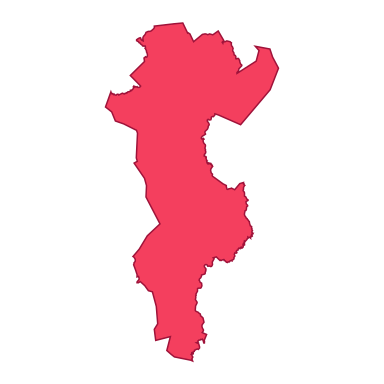 Chínipas, Chihuahua, Mexico
{"feature_id": "50627088B8922966525201", "entity_name": "Chínipas", "entity_type": "district", "adm_level": 2, "iso_a3": "MEX", "parent_name": "Mexico", "parent_adm1": "Chihuahua", "projection": "orthographic", "projection_center": [-108.464, 27.395], "detail": "fine", "context": "isolated", "style": "filled", "palette": "rose", "viewbox_px": 384, "rotation_deg": 0, "n_neighbors": 0, "source": "geoboundaries", "source_scale": "gbopen_adm2", "svg_char_len": 5989}
<svg xmlns="http://www.w3.org/2000/svg" viewBox="0 0 384 384"><path d="M189.9,33.9L188.0,32.7L187.6,33.0L182.8,23.0L174.1,23.8L154.3,26.1L154.4,27.5L153.7,28.7L151.3,30.8L150.2,31.3L148.2,31.4L146.0,32.4L145.5,33.8L144.3,35.6L143.8,35.9L143.0,37.3L142.8,39.4L143.1,39.9L143.2,40.9L142.0,40.4L141.1,39.5L140.7,38.1L140.2,37.7L138.5,38.4L136.6,39.7L136.6,40.7L138.4,41.7L139.2,42.8L139.8,42.8L140.6,44.0L141.7,44.7L142.6,45.9L143.2,46.2L143.9,45.8L144.7,46.2L145.2,46.1L145.5,47.3L145.1,48.3L145.5,48.4L145.6,49.2L146.4,50.6L146.5,52.0L146.8,52.3L147.4,54.4L147.4,56.0L146.8,57.1L146.5,57.2L145.4,56.7L145.0,57.4L144.0,58.0L144.5,61.5L130.3,75.5L140.6,86.0L140.5,86.5L139.2,87.4L137.7,87.4L137.1,86.6L136.1,87.1L135.3,86.6L134.7,87.0L133.9,86.0L133.3,86.8L133.6,88.0L132.8,89.2L131.9,89.8L131.7,90.5L130.9,90.8L130.4,90.4L130.2,91.2L129.7,91.6L127.8,91.9L127.0,92.9L126.3,92.7L125.9,93.4L124.9,93.4L124.6,93.9L123.2,93.7L122.8,93.2L122.3,93.2L118.8,95.0L118.6,94.6L118.0,94.2L117.1,94.3L116.0,95.2L114.7,94.8L114.3,94.2L113.5,94.6L112.9,93.6L112.6,93.5L112.1,93.9L111.5,93.6L110.9,91.9L105.5,107.0L111.7,111.9L115.4,121.0L123.7,123.9L136.5,130.3L137.5,133.1L136.3,157.9L137.3,161.3L134.1,163.1L144.5,178.3L146.5,185.6L146.0,197.0L160.0,223.9L147.3,235.8L139.2,249.2L133.0,256.5L133.6,256.8L134.8,258.4L135.3,259.7L135.2,261.4L134.0,262.8L134.0,263.7L133.6,264.7L135.5,269.8L137.1,274.7L137.0,276.9L138.5,276.4L139.1,278.3L139.0,279.5L137.1,281.8L137.0,282.7L138.3,282.8L140.3,281.6L144.8,285.7L148.4,290.7L152.4,291.8L156.3,306.4L157.7,323.8L154.3,329.3L155.7,340.4L170.4,336.6L166.8,350.5L171.1,354.3L174.4,356.9L190.7,360.2L192.6,361.0L191.9,358.9L192.8,357.1L192.5,357.0L191.8,354.8L191.2,354.5L191.8,353.8L191.6,353.3L191.8,352.7L192.1,352.8L192.7,354.0L193.2,353.9L193.3,353.3L192.9,352.2L194.3,351.4L194.5,350.2L195.2,350.1L195.9,349.5L197.6,349.0L198.3,349.4L199.5,348.1L199.6,347.0L198.7,343.8L196.5,342.7L198.3,342.2L197.9,341.5L198.0,340.9L198.7,340.2L200.2,340.0L200.9,339.3L201.8,339.6L202.4,339.2L203.1,340.4L203.7,342.7L203.8,343.0L204.4,343.0L204.5,341.4L204.2,340.5L206.6,334.5L202.2,332.6L203.2,331.1L203.5,330.1L202.3,327.8L201.9,326.1L202.2,324.7L204.0,322.2L203.0,317.9L202.2,317.3L201.7,316.5L200.6,315.9L200.3,314.0L199.1,313.3L198.4,312.4L196.0,311.3L195.3,310.5L195.3,309.9L195.6,305.9L197.0,303.1L197.1,302.2L195.4,299.6L195.8,297.6L195.7,295.8L196.2,295.2L195.9,294.1L197.5,291.2L197.5,288.7L198.0,288.2L200.7,288.1L201.2,287.5L201.9,285.8L201.6,283.2L200.0,282.1L199.6,280.8L199.1,280.2L199.5,278.9L200.8,277.7L201.5,276.0L201.5,275.0L204.8,274.0L205.2,273.3L205.2,272.4L205.9,270.7L205.6,270.0L206.0,269.3L205.9,268.8L204.4,266.9L204.3,265.8L204.9,264.9L206.0,264.5L207.1,264.9L207.7,266.2L209.6,266.1L210.8,266.6L211.6,266.3L212.5,264.7L212.3,262.0L214.1,258.8L213.2,257.8L216.3,256.9L219.9,260.4L220.4,260.1L220.8,260.5L221.3,260.5L222.3,259.9L223.9,259.5L224.1,259.6L224.2,260.6L225.3,260.9L226.3,262.2L227.3,262.5L227.6,262.5L228.2,261.8L229.4,261.9L230.3,260.7L231.0,260.6L232.0,260.9L231.9,260.2L233.0,259.8L234.0,258.8L233.9,257.5L234.9,256.1L234.3,254.3L234.9,252.9L236.1,253.2L236.8,252.8L236.9,252.4L236.2,251.3L237.0,250.3L238.1,250.0L238.2,248.9L238.9,248.1L240.0,248.7L240.3,247.9L240.8,248.0L241.1,247.1L241.4,247.1L242.0,248.1L242.9,247.4L243.2,246.8L243.0,244.8L243.4,244.7L243.7,245.3L244.3,245.0L243.9,244.5L242.6,244.0L244.4,243.8L243.9,243.0L244.5,242.7L244.4,242.3L244.8,241.9L244.3,241.3L244.4,240.9L245.2,241.4L247.1,239.3L247.3,238.5L247.9,238.2L247.9,237.1L248.5,237.6L248.6,237.3L249.7,237.4L250.4,238.0L250.2,237.2L250.7,237.1L250.9,236.3L251.3,236.1L251.8,236.5L252.3,236.1L252.1,235.6L251.4,235.5L251.6,234.3L252.0,234.0L252.7,234.1L253.0,233.5L252.5,233.6L252.3,232.7L251.7,232.0L252.5,230.5L251.8,229.6L252.0,228.7L251.6,228.3L251.6,226.5L250.4,225.9L249.6,223.5L249.3,221.6L249.0,221.4L248.2,220.1L247.4,219.4L247.1,218.6L246.1,218.0L246.0,217.4L244.7,215.6L244.4,214.1L245.0,210.8L245.8,210.5L246.3,209.8L246.6,206.9L247.7,205.9L247.5,205.2L246.3,203.9L246.0,202.1L246.1,201.5L248.0,200.5L248.1,200.0L246.8,199.0L245.7,196.8L244.5,196.2L244.5,192.9L243.9,191.5L243.2,190.9L243.1,190.3L243.5,189.3L243.5,187.6L244.3,185.8L244.8,185.4L243.7,184.2L244.0,183.8L243.8,183.5L243.4,183.4L243.5,182.5L239.8,183.6L234.7,189.7L231.4,188.1L231.0,188.4L228.8,188.8L227.9,189.4L227.0,189.2L226.2,186.2L226.3,185.5L223.1,183.9L212.6,176.3L212.2,175.6L212.5,174.2L211.2,172.9L210.6,170.2L211.0,168.7L212.6,166.4L212.2,166.2L212.3,165.3L211.6,165.1L211.5,164.4L210.9,164.3L210.9,163.5L210.2,163.4L210.2,163.8L209.6,163.7L209.8,163.2L209.3,163.1L209.3,163.5L208.8,163.9L208.1,163.9L208.2,163.5L207.8,163.4L208.2,163.1L208.1,162.7L206.8,162.2L206.7,161.1L207.1,160.8L206.5,160.3L206.5,159.4L206.0,158.5L206.2,157.5L205.8,157.2L206.1,156.9L205.8,156.5L204.2,156.0L204.4,154.4L204.8,154.2L205.0,153.5L205.5,153.2L205.7,152.7L205.7,151.2L205.3,150.6L205.5,149.5L204.9,148.2L205.5,145.9L205.3,144.8L203.9,143.3L203.2,141.7L203.1,140.1L203.2,139.6L204.0,139.2L203.8,138.8L203.2,138.3L202.4,139.1L201.9,139.0L201.3,138.3L201.3,137.8L202.1,136.4L205.5,134.2L205.4,133.6L204.9,132.9L205.0,131.8L205.2,131.3L207.4,129.2L208.1,127.6L208.2,126.3L209.1,125.0L209.2,124.5L208.8,123.3L207.3,121.1L207.3,120.0L208.1,119.3L209.1,120.0L210.8,119.8L211.2,118.8L211.3,117.2L212.3,116.5L213.4,116.7L214.8,115.1L214.9,113.8L218.5,115.0L240.6,124.7L270.1,89.8L278.5,68.2L272.6,57.1L269.9,49.0L255.3,46.3L259.0,50.5L256.2,61.1L237.0,73.4L237.0,72.5L238.6,70.6L238.9,68.8L241.8,65.7L241.7,64.9L241.0,64.5L240.4,63.5L239.7,61.7L239.8,60.9L238.5,58.5L237.2,58.5L236.2,58.9L235.8,58.7L235.8,56.3L235.2,55.4L234.2,55.0L233.8,52.6L232.7,51.1L232.8,49.3L233.1,48.6L232.5,46.9L231.6,45.8L231.3,44.3L231.4,42.7L230.8,42.5L230.1,41.7L226.8,40.9L224.9,41.8L223.6,41.8L223.1,42.4L222.9,43.2L222.4,42.3L221.7,42.7L223.8,40.6L218.2,31.0L212.8,34.8L209.6,33.9L207.8,34.7L206.0,34.0L205.0,33.9L202.4,34.4L193.6,41.7L189.9,33.9Z" fill="#f43f5e" stroke="#9f1239" stroke-width="1.5"/></svg>